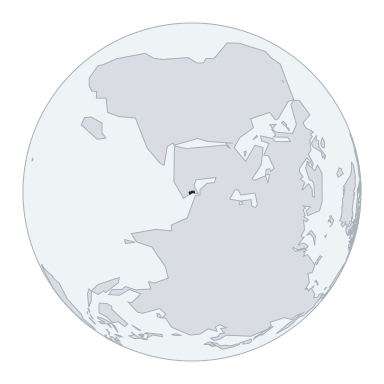 Al Batnah North on an orthographic globe, rotated 110°
{"feature_id": "OMN-2424", "entity_name": "Al Batnah North", "entity_type": "Region", "adm_level": 1, "iso_a3": "OMN", "parent_name": "Oman", "parent_adm1": "", "projection": "orthographic", "projection_center": [56.548, 24.234], "detail": "fine", "context": "on_globe", "style": "filled", "palette": "slate", "viewbox_px": 384, "rotation_deg": 110, "n_neighbors": 0, "source": "natural_earth", "source_scale": "10m", "svg_char_len": 10410}
<svg xmlns="http://www.w3.org/2000/svg" viewBox="0 0 384 384"><g transform="rotate(110 192 192)"><circle cx="192" cy="192" r="169" fill="#eef3f6" stroke="#a8b0b8"/><path d="M245.3,31.7L247.5,32.5L245.2,31.8L237.3,29.4L235.6,29.1L240.3,30.6L240.9,31.3L234.3,29.1L234.7,30.2L221.5,27.4L205.7,23.9L196.6,23.7L175.7,24.0L175.8,24.1L167.9,25.1L165.2,25.8L162.1,26.1L162.5,26.5L165.9,26.1L167.2,26.2L165.9,26.8L161.7,27.1L161.8,26.9L159.9,27.3L158.3,27.3L158.3,27.6L153.4,28.3L156.3,28.5L150.7,29.8L148.0,30.0L150.9,28.8L151.6,27.9L163.2,25.5L175.0,23.9L186.9,23.1L198.7,23.2L210.6,24.1L222.3,25.8L233.9,28.3L245.3,31.7ZM124.3,37.2L130.2,34.8L130.8,34.6L136.2,32.9L132.5,34.6L126.0,37.4L121.4,39.1L118.4,40.5L120.4,40.4L109.6,45.5L98.5,52.8L96.0,54.2L95.4,53.7L101.1,49.6L112.5,42.9L124.3,37.2ZM88.4,58.5L89.4,57.8L86.7,59.9L86.9,59.7L88.4,58.5ZM248.3,32.7L249.8,33.2L250.3,33.5L248.3,32.7ZM137.8,32.2L137.0,32.5L136.4,32.6L137.8,32.2ZM140.9,31.2L142.3,30.6L140.9,31.2ZM247.3,32.9L247.7,33.4L245.9,32.4L247.3,32.9ZM140.7,31.5L144.9,29.9L147.5,29.1L149.7,28.9L140.7,31.5ZM247.1,33.4L248.2,35.1L251.6,36.2L242.6,34.5L244.6,33.3L241.9,31.8L245.1,33.0L247.1,33.4ZM167.5,25.8L163.9,26.2L168.1,25.4L167.5,25.8ZM169.9,25.3L181.1,23.6L185.8,23.6L181.1,24.0L188.2,24.0L185.0,24.7L180.4,24.9L178.0,24.7L178.6,25.2L169.9,25.3ZM237.4,33.5L236.5,33.7L236.0,33.0L237.4,33.5ZM168.1,26.3L169.9,25.8L174.1,25.7L171.2,26.7L170.8,26.3L168.1,26.3ZM191.7,23.7L194.3,24.0L192.4,24.7L193.2,24.9L185.4,24.8L191.7,23.7ZM169.2,26.6L169.6,27.2L166.5,27.8L166.6,26.8L169.2,26.6ZM176.5,25.3L178.3,25.4L176.3,25.6L176.5,25.3ZM155.4,30.9L157.5,30.0L159.9,29.8L155.4,30.9ZM170.0,27.4L171.1,27.2L172.3,27.1L171.9,27.6L170.0,27.4ZM184.6,25.4L183.3,25.7L187.7,25.4L186.5,26.1L181.5,26.0L183.1,26.4L182.7,26.6L179.1,26.3L184.6,25.4ZM175.1,28.0L168.4,28.5L163.9,30.0L161.7,30.2L169.2,27.7L175.1,28.0ZM177.8,27.0L175.6,27.6L173.9,27.3L174.3,26.7L177.8,27.0ZM187.4,26.8L190.6,25.7L191.6,25.8L187.4,26.8ZM174.2,28.5L175.8,28.4L174.1,28.6L174.2,28.5ZM183.7,27.3L184.7,26.8L185.8,26.9L183.7,27.3ZM178.3,28.7L176.1,28.8L176.3,28.3L178.3,28.7ZM181.1,28.1L182.3,28.4L177.7,28.1L181.3,27.8L181.1,28.1ZM184.6,27.5L185.6,27.4L184.0,27.7L184.6,27.5ZM178.8,30.7L172.9,30.4L173.4,29.3L179.0,29.6L178.8,30.7ZM36.2,199.1L34.8,171.1L38.7,163.7L41.7,152.8L70.4,128.0L74.0,132.7L93.7,136.1L95.7,138.4L90.6,146.2L103.2,161.9L110.6,156.2L124.7,165.7L135.9,167.6L144.8,152.2L126.5,148.7L126.0,140.3L142.9,136.3L159.3,140.0L159.6,136.9L151.6,128.5L157.7,123.7L149.0,125.2L150.8,128.8L145.5,130.0L143.5,126.9L145.7,125.2L141.5,123.0L131.9,132.5L132.7,137.1L120.0,136.4L120.1,144.2L115.8,146.8L114.1,134.6L116.1,130.8L111.0,116.8L107.8,120.7L112.4,134.3L109.9,132.7L105.6,138.8L106.9,132.9L102.7,117.7L92.9,116.9L76.2,128.9L71.3,128.0L69.1,122.6L79.2,107.5L89.0,111.4L92.8,106.9L94.3,98.4L97.2,100.5L99.0,97.8L103.0,99.1L112.2,94.5L116.9,95.5L123.8,87.8L127.1,87.5L122.1,91.9L121.0,95.9L133.0,99.0L136.3,97.8L139.8,92.8L142.7,94.6L144.6,89.4L153.1,89.3L144.3,85.3L148.3,80.1L155.2,77.2L154.9,75.0L143.6,79.8L140.5,82.5L140.4,85.8L130.6,93.5L125.8,93.8L130.1,83.7L123.7,83.3L129.8,76.3L156.6,66.4L166.1,65.8L174.7,75.3L170.6,78.1L165.4,75.8L167.1,82.5L168.4,79.7L170.8,81.5L175.2,77.5L177.1,78.6L178.0,73.3L180.8,74.2L180.2,77.6L189.0,73.3L195.7,74.5L196.8,73.1L196.1,71.2L205.1,74.4L205.5,73.2L202.7,71.7L201.7,68.5L203.4,64.3L206.4,65.6L206.2,67.3L210.3,73.1L209.3,77.8L210.7,78.0L212.3,74.3L207.3,67.1L207.5,64.3L210.5,67.3L209.4,65.9L210.5,65.0L214.3,65.4L211.3,62.0L218.7,51.4L226.9,51.7L228.7,55.2L237.0,50.8L245.6,52.5L243.0,50.9L245.3,48.5L242.6,47.8L241.5,46.9L246.1,41.5L249.5,41.7L248.5,38.6L247.2,37.9L244.6,37.6L242.6,34.5L251.6,36.2L254.2,37.6L258.1,38.2L263.4,41.4L269.6,44.7L273.1,48.6L277.7,51.3L278.7,51.3L285.7,55.3L296.6,64.5L283.4,56.9L266.1,45.4L272.8,49.8L269.9,49.0L271.5,50.8L276.3,54.2L277.7,54.5L278.7,62.6L287.6,74.1L290.2,71.8L295.0,74.0L307.5,87.5L314.8,110.8L321.3,116.1L323.9,120.5L323.0,124.6L319.2,118.2L315.4,117.2L313.4,113.3L310.7,118.5L307.7,113.1L307.1,120.3L310.8,123.9L314.3,120.9L315.0,130.0L322.7,135.7L327.1,144.8L326.0,164.9L319.7,173.5L320.0,176.8L315.7,174.7L312.6,182.5L322.9,197.0L323.5,202.0L317.3,214.3L316.7,210.7L305.2,205.2L305.0,217.6L313.8,224.8L316.9,235.2L311.0,233.7L307.6,224.6L303.6,222.3L303.3,211.8L297.2,197.5L291.2,202.2L290.3,195.9L281.1,184.9L271.6,191.2L257.5,210.8L257.8,227.0L251.9,234.8L239.5,213.3L235.6,198.0L230.0,200.0L218.0,187.6L194.3,187.6L191.9,183.4L187.2,185.3L178.9,181.1L175.6,174.2L170.2,174.4L179.2,192.4L185.2,192.3L191.5,185.6L192.8,192.0L200.9,197.6L188.4,212.6L154.7,224.2L153.1,212.0L136.3,176.3L137.8,172.7L137.8,172.2L137.7,171.5L134.4,177.2L132.1,170.2L139.2,194.8L139.7,204.9L154.2,224.9L152.5,226.6L157.6,230.8L176.3,227.4L176.1,231.4L166.2,249.0L141.8,270.5L146.1,286.2L146.0,298.6L133.1,304.8L136.5,314.0L130.2,316.0L131.3,320.8L127.5,324.8L120.3,327.5L105.6,323.6L102.8,319.2L92.6,308.5L77.7,283.3L79.5,273.8L77.4,264.8L67.0,241.6L69.1,231.2L66.8,225.4L61.7,224.4L59.3,217.4L56.4,215.9L39.9,210.0L36.2,199.1ZM57.6,143.1L56.1,146.2L57.6,143.1ZM174.9,152.5L185.8,154.0L183.9,143.5L188.0,143.4L185.8,140.0L183.7,142.8L178.9,133.8L184.7,131.3L184.9,126.9L181.3,126.3L171.4,132.4L178.2,145.1L174.4,149.0L174.9,152.5ZM87.1,60.6L82.8,64.0L85.8,61.4L84.9,61.8L90.2,57.3L95.1,54.8L91.9,56.6L87.1,60.6ZM98.6,51.3L94.7,54.0L98.7,51.1L98.6,51.3ZM105.1,82.9L105.3,85.2L102.1,87.9L96.2,88.0L100.8,84.0L105.1,82.9ZM106.4,88.1L112.3,78.8L116.2,78.7L113.0,80.2L115.0,81.2L110.4,83.9L108.3,93.5L105.3,96.6L96.1,94.3L100.8,93.2L100.3,90.8L106.4,88.1ZM120.5,59.1L123.1,56.2L128.2,59.7L125.2,62.1L119.1,62.0L119.1,59.2L120.5,59.1ZM143.7,32.0L144.3,31.5L145.5,31.3L145.9,31.5L143.7,32.0ZM156.2,30.5L141.9,34.4L142.0,33.9L133.6,37.4L130.5,37.5L136.0,35.1L127.3,38.1L131.0,36.1L125.1,38.4L137.8,33.1L140.8,31.8L138.6,33.1L141.4,33.0L143.6,32.5L151.8,30.3L159.7,27.7L163.7,27.6L164.5,28.2L163.2,28.7L161.0,28.6L160.9,29.5L156.7,29.7L156.2,30.5ZM171.1,41.1L169.1,39.6L168.2,43.5L164.0,42.9L164.1,43.4L160.0,44.1L155.2,45.9L153.7,45.4L152.5,46.4L149.8,47.0L147.6,48.2L144.2,47.8L141.3,49.4L141.3,48.4L137.2,51.3L138.7,49.0L135.3,49.9L135.6,51.6L122.3,48.7L115.5,49.9L109.0,52.5L112.5,48.8L120.7,44.4L130.7,40.6L136.7,40.2L137.1,38.8L140.1,38.4L138.5,39.6L142.8,37.4L144.9,37.5L153.7,35.5L158.7,32.9L162.0,32.3L161.1,33.3L165.1,32.1L165.7,33.7L168.1,33.5L171.1,35.1L168.0,37.6L170.9,37.2L173.3,38.7L171.1,41.1ZM179.4,31.2L176.6,33.8L172.9,35.0L169.3,31.8L167.0,31.8L164.5,30.3L169.9,28.7L170.1,29.3L171.6,29.5L169.3,29.8L172.2,29.7L172.6,30.5L175.0,30.7L173.4,31.5L179.4,31.2ZM99.7,136.1L101.6,137.1L104.9,137.8L102.2,141.8L99.7,136.1ZM96.6,125.8L98.5,125.9L96.4,131.4L94.5,130.6L96.6,125.8ZM101.4,121.4L98.8,125.4L99.1,122.7L101.4,121.4ZM124.1,91.9L126.3,91.8L125.9,93.1L123.8,94.6L124.1,91.9ZM167.5,54.2L166.9,52.8L168.0,52.4L170.1,49.1L173.4,49.5L173.4,51.7L167.5,54.2ZM140.6,154.4L136.4,156.9L135.1,155.1L136.9,154.6L140.6,154.4ZM117.6,149.4L122.0,152.6L116.8,150.5L117.6,149.4ZM171.4,54.1L171.9,52.6L173.3,53.8L171.4,54.1ZM175.9,49.7L177.8,50.7L174.0,49.2L175.9,49.7ZM216.0,352.4L217.9,353.1L215.1,353.4L216.0,352.4ZM174.8,299.0L166.8,319.0L158.8,318.5L156.0,312.4L158.0,300.1L166.9,297.1L170.9,291.4L174.8,299.0ZM339.7,249.2L341.9,248.4L341.7,249.1L339.7,249.2ZM337.5,248.4L340.2,246.9L336.8,250.2L337.5,248.4ZM341.3,246.3L344.0,243.2L345.2,241.2L344.8,242.8L341.3,246.3ZM335.5,249.6L323.4,255.4L318.3,255.7L319.8,252.6L328.2,249.6L335.5,249.6ZM319.4,252.7L311.0,248.6L297.3,231.1L302.2,230.1L316.2,238.8L315.3,241.3L320.4,245.2L319.4,252.7ZM338.3,230.7L337.4,237.8L331.0,240.5L327.9,240.9L325.9,233.2L327.1,228.2L329.7,227.2L338.1,207.2L341.4,209.2L339.2,217.1L341.8,221.6L338.3,230.7ZM258.7,228.3L263.2,237.0L259.8,239.1L258.7,228.3ZM340.2,194.6L337.7,203.2L339.5,192.5L340.2,194.6ZM340.5,185.1L341.3,188.4L339.4,185.9L340.5,185.1ZM321.1,181.5L318.4,183.5L317.7,181.1L320.8,177.2L321.1,181.5ZM330.4,152.7L332.7,159.7L333.1,162.4L330.7,158.7L330.4,152.7ZM200.1,58.5L193.5,62.4L191.0,66.2L193.0,69.5L187.4,66.8L191.3,61.0L200.1,58.5ZM216.1,52.0L214.3,49.6L216.9,49.8L217.7,50.4L216.1,52.0ZM213.7,51.1L208.1,49.7L208.3,47.9L212.7,49.3L213.7,51.1ZM189.6,51.1L187.4,52.1L186.4,51.1L189.6,51.1ZM329.8,289.7L313.5,307.6L311.1,308.6L314.9,304.1L318.9,293.9L320.0,293.5L323.2,285.6L335.4,272.2L345.0,253.8L348.2,251.3L352.7,238.4L354.8,235.5L352.2,244.7L352.2,245.7L347.8,257.3L342.6,268.5L336.6,279.4L329.8,289.7ZM345.0,246.2L348.4,238.7L349.8,237.1L345.0,246.2ZM358.3,221.9L357.1,225.2L358.0,221.1L358.3,216.8L355.8,219.3L355.3,217.0L356.6,213.4L354.4,213.7L356.9,209.2L357.5,214.4L358.8,207.6L360.0,205.7L360.5,204.7L360.5,204.9L358.3,221.9ZM356.0,223.3L356.4,222.8L355.9,225.2L356.0,223.3ZM351.0,223.6L350.7,225.5L350.0,224.9L351.0,223.6ZM352.1,221.5L354.3,221.1L351.8,223.3L352.1,221.5ZM343.4,222.2L344.3,225.8L347.3,221.0L345.0,226.5L346.6,232.0L345.7,235.1L344.2,229.0L343.0,237.2L341.6,238.0L341.3,231.8L342.9,222.8L344.3,218.5L349.4,213.4L343.4,222.2ZM352.3,216.4L351.6,212.0L352.0,208.3L352.8,210.2L352.3,216.4ZM348.8,201.9L346.1,197.8L344.4,201.4L347.3,190.5L349.5,196.3L348.8,201.9ZM345.5,190.7L343.9,194.0L345.1,188.0L345.5,190.7ZM343.1,192.4L342.3,188.6L343.9,188.1L343.1,192.4ZM346.5,190.2L345.6,183.2L347.1,186.6L346.5,190.2ZM339.8,180.1L344.4,184.4L339.5,184.5L336.2,171.8L338.0,170.2L339.8,180.1ZM330.2,122.4L328.0,119.2L328.8,117.4L330.1,120.0L330.2,122.4ZM329.3,109.5L328.3,115.9L327.1,121.5L328.9,122.3L331.3,128.8L327.0,124.5L325.6,116.3L327.0,113.1L324.4,108.0L323.7,103.4L319.5,97.9L318.3,94.9L322.5,99.0L329.3,109.5ZM317.6,95.7L309.9,85.9L312.7,85.3L315.0,87.3L317.4,91.9L315.8,91.9L317.6,95.7ZM308.9,83.5L307.3,83.5L292.6,72.0L290.2,69.5L302.8,77.3L302.0,77.8L305.1,81.0L308.9,83.5ZM238.3,34.3L236.7,33.8L238.3,33.9L238.3,34.3ZM240.0,46.7L238.8,45.5L240.7,45.5L240.0,46.7ZM236.6,42.4L235.2,43.2L235.4,41.8L236.6,42.4ZM232.5,45.2L234.1,43.2L234.4,45.9L232.5,45.2Z" fill="#d9dde1" stroke="#a8b0b8" stroke-width="1"/><path d="M190.7,190.5L190.8,190.5L190.9,190.4L191.0,190.3L191.0,190.2L191.3,190.1L191.4,189.9L191.6,189.8L191.6,190.0L191.8,190.4L191.8,190.5L192.2,191.2L192.2,191.3L192.4,191.4L192.7,191.8L192.8,191.9L192.8,192.0L193.1,192.3L193.4,192.6L193.6,192.8L194.1,193.0L194.6,193.2L194.3,193.7L194.0,194.0L193.7,194.2L192.9,194.2L192.6,193.2L191.8,192.5L191.4,192.3L191.4,192.0L191.1,191.1L190.7,190.7L190.7,190.5Z" fill="#64748b" stroke="#1e293b" stroke-width="1.5"/></g></svg>